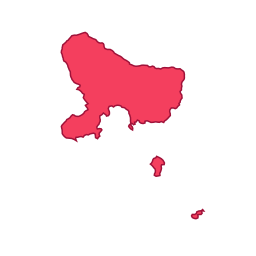 Ilhabela, São Paulo, Brazil (Natural Earth projection), rotated 79°
{"feature_id": "56859067B17407049512119", "entity_name": "Ilhabela", "entity_type": "district", "adm_level": 2, "iso_a3": "BRA", "parent_name": "Brazil", "parent_adm1": "São Paulo", "projection": "natural_earth1", "projection_center": [-45.279, -23.845], "detail": "fine", "context": "isolated", "style": "filled", "palette": "rose", "viewbox_px": 256, "rotation_deg": 79, "n_neighbors": 0, "source": "geoboundaries", "source_scale": "gbopen_adm2", "svg_char_len": 3941}
<svg xmlns="http://www.w3.org/2000/svg" viewBox="0 0 256 256"><g transform="rotate(79 128 128)"><path d="M124.1,124.3L124.5,122.8L125.8,122.0L125.5,120.3L123.6,120.5L123.6,118.8L122.0,117.3L123.1,115.7L124.4,115.6L125.8,114.2L126.5,112.3L126.3,110.4L124.6,110.0L124.6,107.8L126.0,105.6L126.9,104.4L127.2,102.2L127.2,99.7L127.8,98.1L128.4,96.1L128.0,94.1L129.4,91.9L128.1,90.8L127.2,88.7L125.9,86.8L124.8,85.4L123.9,84.1L122.0,83.8L120.0,84.0L118.1,83.4L116.6,81.7L117.0,79.5L118.0,78.0L117.6,76.4L116.3,75.0L115.1,73.0L113.6,73.3L112.8,72.0L111.3,71.5L109.9,70.4L108.9,69.2L107.4,69.1L105.9,68.9L103.8,69.8L102.0,69.9L100.9,68.3L98.9,67.9L97.2,67.1L95.5,67.2L93.9,66.7L92.6,65.7L91.7,64.5L90.5,63.4L89.2,63.0L87.8,62.8L86.1,62.4L83.8,62.4L82.5,63.1L81.2,64.4L79.8,65.6L79.6,67.2L79.3,68.7L78.6,70.3L77.2,71.6L76.6,73.4L76.7,75.3L76.7,76.9L76.2,78.7L75.7,80.7L75.6,82.5L76.3,84.6L75.3,86.8L75.1,88.7L74.3,90.0L72.7,90.8L71.9,92.2L72.3,94.2L71.9,95.8L70.3,97.0L69.7,99.3L69.2,101.1L69.0,102.7L69.2,104.7L69.1,106.5L68.9,108.5L68.1,110.4L66.7,112.3L65.5,114.3L64.1,114.2L62.5,115.6L61.1,117.1L60.0,118.6L58.6,119.8L57.2,120.8L56.1,121.9L55.0,123.5L53.4,125.4L51.9,127.1L50.3,127.7L48.9,128.8L47.5,130.5L46.9,133.4L45.5,135.6L43.4,136.0L41.8,135.8L40.5,136.1L39.5,137.2L39.4,138.8L38.7,140.4L37.3,141.7L35.5,142.5L34.6,143.5L33.7,145.2L32.6,146.5L31.6,147.9L30.6,149.3L29.2,149.5L27.4,150.2L26.0,151.8L26.1,153.5L26.3,155.2L26.7,157.4L26.9,159.1L27.1,160.9L26.6,162.9L26.7,165.5L28.2,167.3L29.3,168.8L30.3,169.8L30.8,171.4L31.8,172.4L33.0,174.4L34.0,176.2L35.3,176.7L36.6,177.3L37.9,177.5L39.3,178.5L41.2,179.1L43.3,178.6L45.6,178.6L47.1,178.3L48.5,178.4L50.1,178.1L51.2,176.7L53.0,175.8L54.9,175.2L56.4,175.2L57.8,174.9L59.6,174.6L61.8,173.9L63.8,174.2L65.5,174.4L66.9,174.3L68.4,173.9L69.7,173.7L71.2,172.9L73.0,172.1L74.6,170.1L75.7,168.1L76.9,166.8L78.4,167.5L78.8,169.4L80.3,170.8L80.9,169.2L81.9,168.1L83.4,166.9L85.3,166.0L86.6,164.5L88.3,165.3L89.7,166.1L92.1,165.1L94.3,163.9L96.5,162.6L97.6,165.5L99.1,164.9L100.7,164.0L102.4,163.8L103.1,166.1L103.8,167.5L105.1,168.6L106.1,170.3L106.8,172.3L107.2,174.2L106.8,176.0L106.2,177.5L105.1,178.4L104.4,179.9L105.5,181.7L106.8,183.0L107.6,184.9L108.0,186.4L109.4,187.6L110.4,189.3L111.5,190.7L112.5,192.1L113.7,193.1L115.6,193.1L117.1,193.0L118.6,193.2L121.0,193.6L123.2,192.7L124.9,191.5L126.0,190.4L126.7,187.9L127.5,185.3L129.0,183.0L130.7,181.1L128.5,181.5L127.2,180.8L127.5,179.1L127.3,177.5L127.4,175.6L128.4,173.8L127.0,172.2L126.5,170.2L127.2,168.2L126.6,166.6L126.5,164.9L126.5,162.7L127.7,161.3L129.2,161.5L131.3,161.7L132.7,159.9L131.5,158.8L130.6,157.2L128.9,157.6L127.5,157.2L126.1,155.3L124.9,154.0L123.7,154.5L123.1,156.1L123.1,158.3L121.1,158.5L119.7,157.2L118.9,155.9L117.6,155.2L116.2,154.1L114.6,153.7L112.7,153.8L110.8,153.4L109.9,151.0L108.6,149.3L109.7,148.3L110.8,147.2L112.2,146.8L112.1,144.8L110.8,143.6L109.5,143.3L108.2,143.2L106.6,143.6L104.9,143.6L103.2,142.3L103.2,139.7L104.6,138.2L103.7,136.5L103.6,134.2L104.1,132.4L104.9,130.8L106.5,130.0L107.4,127.5L109.3,126.1L110.6,124.6L112.1,124.0L113.7,124.3L115.8,123.8L118.4,123.6L120.1,123.9L122.0,124.3L124.1,124.3ZM170.5,102.0L170.8,99.5L169.3,98.9L167.8,99.3L166.2,99.9L164.6,101.1L163.5,102.3L162.5,103.6L161.3,105.3L162.5,106.3L162.9,108.7L164.0,109.7L165.5,110.4L166.9,111.6L167.7,112.9L169.2,111.7L170.5,110.9L172.0,110.2L173.3,109.3L175.0,109.2L176.8,109.7L178.0,110.7L179.4,111.2L180.7,109.7L180.8,107.7L180.7,105.7L178.5,105.5L177.3,104.5L175.7,103.6L173.8,102.8L171.9,102.8L170.5,102.0ZM223.2,71.8L223.0,74.6L223.5,76.5L225.0,77.2L225.6,79.0L225.1,81.4L226.4,82.4L228.2,81.9L229.4,80.2L230.0,78.6L229.6,76.6L228.2,76.1L226.5,76.1L226.5,74.4L226.8,72.8L225.8,71.5L223.2,71.8ZM124.1,124.3L125.2,126.1L126.3,127.0L127.5,126.7L129.4,125.5L130.8,123.9L129.2,123.4L127.6,123.6L126.3,124.5L124.1,124.3ZM223.2,71.8L223.9,69.5L222.3,70.3L223.2,71.8Z" fill="#f43f5e" stroke="#9f1239" stroke-width="1.5"/></g></svg>